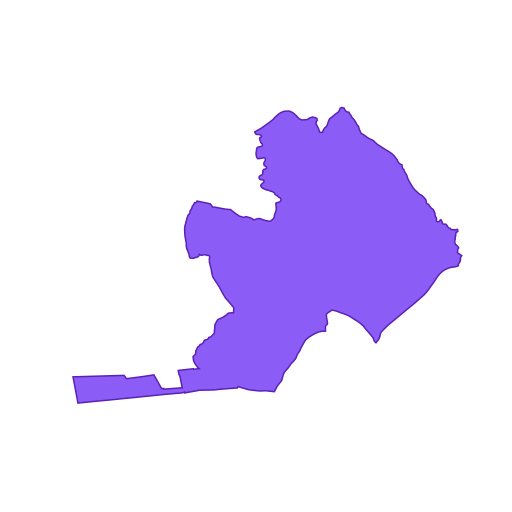 Totolac, Tlaxcala, Mexico (Albers equal-area conic projection), rotated 349°
{"feature_id": "50627088B53783238434926", "entity_name": "Totolac", "entity_type": "district", "adm_level": 2, "iso_a3": "MEX", "parent_name": "Mexico", "parent_adm1": "Tlaxcala", "projection": "albers", "projection_center": [-98.25, 19.338], "detail": "fine", "context": "isolated", "style": "filled", "palette": "violet", "viewbox_px": 512, "rotation_deg": 349, "n_neighbors": 0, "source": "geoboundaries", "source_scale": "gbopen_adm2", "svg_char_len": 6166}
<svg xmlns="http://www.w3.org/2000/svg" viewBox="0 0 512 512"><g transform="rotate(349 256 256)"><path d="M248.1,392.7L250.5,389.8L251.5,388.4L252.9,387.0L255.3,385.0L256.9,383.6L257.4,383.0L258.0,382.1L260.1,377.8L261.4,375.9L262.9,374.5L266.4,371.9L269.4,368.9L270.6,367.9L272.2,366.9L274.7,364.9L275.9,363.6L277.8,360.5L280.8,357.5L283.0,354.4L285.9,350.9L288.4,348.1L291.9,346.0L295.7,344.5L299.1,343.4L303.1,342.5L307.4,342.5L309.9,343.1L310.6,339.0L311.0,337.9L311.7,337.3L312.8,336.8L313.1,336.4L313.4,335.6L313.6,328.9L313.8,327.5L314.4,326.1L319.7,323.8L320.5,323.6L321.2,323.9L324.5,325.5L329.4,328.5L331.6,329.7L333.2,330.7L336.4,333.0L340.6,337.1L343.9,340.2L346.4,343.0L347.5,344.5L348.1,345.3L349.9,349.0L352.0,352.5L354.9,357.8L355.2,358.5L355.9,362.0L356.2,362.8L357.2,364.1L360.3,361.5L361.9,359.3L363.5,355.6L364.4,354.6L366.7,352.9L372.6,349.0L404.2,331.7L413.7,326.1L416.9,323.7L425.8,315.4L430.2,310.9L432.8,308.7L435.2,307.1L438.7,305.5L441.2,304.9L444.4,304.4L450.3,304.6L452.7,304.2L453.0,303.2L453.8,301.8L454.4,301.4L455.4,300.1L455.8,299.2L456.1,298.2L456.2,297.7L456.1,297.1L458.0,294.9L454.5,291.3L455.0,289.2L455.1,288.3L455.5,287.6L456.1,287.2L456.5,286.7L456.5,286.2L455.5,284.5L454.5,283.1L454.1,282.8L453.8,281.6L453.8,279.7L454.3,278.3L454.6,278.0L454.9,277.1L455.0,275.6L455.9,274.3L456.0,273.6L456.9,270.9L457.0,270.8L457.7,270.9L458.0,270.8L458.3,270.6L458.9,270.3L458.9,268.3L458.0,268.2L456.9,268.4L456.1,268.1L453.5,267.6L452.9,267.3L452.3,266.9L452.0,266.0L451.3,265.8L450.9,265.5L449.9,264.1L449.5,263.2L449.4,262.5L448.4,261.0L447.9,260.8L446.1,260.4L445.7,260.3L445.4,259.9L445.3,259.5L445.2,257.9L444.5,255.6L443.6,255.9L443.0,256.5L442.3,257.0L441.7,257.2L441.1,257.2L440.2,256.8L439.9,256.3L440.0,255.2L440.3,254.0L440.3,252.7L439.7,251.6L439.6,249.6L439.8,248.5L439.7,247.6L439.4,246.7L439.2,245.2L438.6,243.8L437.6,242.9L436.9,242.0L435.6,239.0L435.0,238.1L434.3,237.6L433.7,237.0L433.4,236.6L433.4,235.9L433.6,234.7L433.5,233.4L433.1,232.6L432.2,230.9L430.4,228.2L428.2,226.4L424.3,221.1L422.9,218.2L421.0,213.0L419.8,209.0L419.5,205.8L417.8,201.0L417.6,199.2L416.9,198.6L416.6,197.6L416.6,194.3L415.3,193.5L414.1,192.1L413.3,190.4L412.9,188.3L410.7,184.0L408.7,181.2L405.8,178.3L404.1,176.9L396.5,169.6L394.7,167.3L393.8,165.8L392.5,164.4L390.4,163.1L387.3,160.3L386.5,159.2L385.4,158.4L384.9,157.5L383.6,156.5L383.0,156.1L382.5,155.2L381.6,151.5L381.3,148.0L380.6,147.5L379.9,145.5L379.3,143.4L378.2,140.7L376.6,138.1L376.0,136.0L375.1,134.3L374.6,132.5L373.1,132.1L371.3,130.2L370.7,127.6L368.5,126.5L366.7,127.1L365.8,128.7L364.4,130.3L360.7,132.0L357.4,133.9L355.9,134.6L354.2,135.5L352.7,137.8L351.4,140.2L350.0,142.2L347.8,143.4L345.8,145.6L344.9,147.3L343.0,146.9L342.0,146.3L342.0,144.9L341.6,142.7L340.8,139.7L340.1,137.9L340.7,135.7L341.9,134.7L342.1,132.7L340.7,131.6L338.3,130.4L335.8,130.6L334.0,131.0L332.6,131.9L326.9,131.2L324.5,129.4L322.4,126.0L319.4,122.2L316.4,120.1L314.1,119.7L311.0,119.3L307.6,120.0L305.4,120.9L301.7,123.1L298.5,125.4L294.4,127.5L285.2,131.7L278.4,133.9L278.6,134.9L279.0,136.1L279.8,136.8L281.9,137.3L283.1,137.8L284.1,138.6L284.2,139.5L283.8,140.2L282.9,140.3L282.3,140.7L281.9,141.4L281.9,142.1L282.4,145.8L283.6,147.2L283.5,148.5L282.9,149.2L281.9,149.4L278.8,149.5L277.8,149.8L276.9,151.3L276.5,152.9L275.8,154.4L275.4,157.1L275.5,158.9L276.0,160.4L276.5,160.9L277.2,161.0L283.0,161.1L283.6,161.8L283.6,163.0L283.3,164.0L282.0,165.4L281.3,166.6L281.3,168.6L283.3,170.6L283.0,171.7L282.1,172.5L280.3,172.4L279.1,173.4L278.7,174.7L278.4,176.4L277.6,177.3L275.6,177.9L274.5,178.4L274.0,179.4L274.0,180.6L274.6,181.6L275.4,182.1L278.1,183.0L278.1,184.1L277.6,185.3L275.9,186.0L274.1,187.5L274.2,188.8L274.7,189.9L276.5,191.6L279.2,193.3L280.5,193.6L282.6,195.1L284.4,195.9L285.4,196.9L286.2,197.9L286.4,199.1L289.0,201.8L289.7,202.9L290.8,203.5L291.4,205.4L290.7,206.8L289.0,207.5L286.7,207.6L285.5,208.0L285.3,209.9L285.0,213.1L284.4,215.1L281.8,219.6L281.6,220.4L280.6,222.4L277.3,224.4L276.3,224.5L275.1,224.2L271.9,222.9L266.3,219.7L263.2,219.8L260.7,220.2L259.6,218.8L257.5,217.3L253.6,215.4L252.0,215.7L250.9,215.6L247.2,213.6L243.5,209.8L239.9,205.6L234.5,204.0L225.0,200.2L223.4,199.9L222.9,199.6L222.3,198.7L221.2,196.2L218.7,195.0L208.6,190.8L208.1,191.4L208.0,191.8L207.1,192.2L206.2,191.9L205.8,192.0L204.1,194.2L203.0,194.9L202.1,196.8L201.0,198.1L200.3,198.7L199.7,199.5L199.4,201.0L198.5,202.0L197.2,202.8L195.4,205.8L192.9,211.1L192.0,212.8L191.2,215.2L190.4,220.2L190.1,222.8L190.0,227.9L190.0,230.2L189.5,232.3L189.4,234.7L189.6,235.8L189.5,236.3L189.8,237.1L189.9,237.9L190.1,238.6L190.1,239.6L190.6,241.1L190.5,242.2L190.5,243.5L190.7,245.0L191.1,245.5L192.9,246.1L193.8,246.3L194.5,246.3L195.5,246.0L197.4,246.0L198.8,245.7L200.0,245.0L200.5,243.7L200.8,243.5L201.1,243.7L202.1,244.8L203.4,244.9L205.3,244.9L206.2,245.1L207.2,245.4L207.8,246.0L208.9,246.3L209.9,246.5L210.3,247.3L210.3,248.4L209.7,249.6L209.1,252.9L209.1,253.7L209.5,260.1L209.4,264.9L209.6,268.2L210.6,270.9L212.4,275.2L214.1,279.6L215.9,285.4L217.0,288.7L217.7,290.4L217.8,291.0L223.1,300.2L224.3,302.6L223.1,307.5L219.9,306.9L218.3,306.8L216.9,307.2L216.1,308.1L214.3,308.7L213.3,309.3L211.1,310.0L209.8,310.4L208.8,310.5L206.5,311.1L205.7,311.8L202.8,315.2L202.3,316.4L201.5,319.7L200.8,321.6L200.4,324.0L199.7,324.3L196.0,326.9L194.2,326.9L193.7,327.4L193.5,327.9L192.2,328.6L189.6,328.8L188.8,329.3L188.4,330.3L187.7,331.0L185.9,332.1L185.4,332.2L184.4,332.1L183.7,332.9L183.5,333.3L183.0,333.6L182.2,333.8L181.3,334.4L180.2,335.7L180.0,336.4L178.7,337.8L178.5,339.0L177.7,341.0L175.0,342.7L174.8,345.4L174.8,347.3L175.7,350.4L177.7,354.7L178.6,355.7L173.1,355.3L173.0,354.7L157.8,353.5L157.8,357.5L158.4,360.1L158.4,371.4L157.9,371.2L140.0,369.1L140.1,368.4L138.0,368.0L133.1,353.2L121.1,352.7L105.4,351.7L104.5,349.4L103.6,348.0L53.3,339.7L53.2,363.2L53.1,366.4L70.7,368.0L83.8,369.3L139.6,374.4L157.9,376.3L160.0,375.9L159.9,376.8L173.4,377.0L174.5,376.9L188.2,379.3L192.8,379.8L193.8,379.8L206.3,381.2L212.5,382.0L213.4,380.8L222.3,385.4L225.1,386.5L231.8,388.6L234.8,389.4L238.6,389.9L240.4,390.3L248.1,392.7Z" fill="#8b5cf6" stroke="#5b21b6" stroke-width="1.5"/></g></svg>